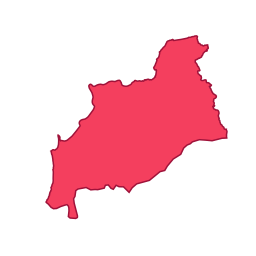 Solís Grande, Maldonado, Uruguay, rotated 76°
{"feature_id": "84410073B83556498803865", "entity_name": "Solís Grande", "entity_type": "district", "adm_level": 2, "iso_a3": "URY", "parent_name": "Uruguay", "parent_adm1": "Maldonado", "projection": "mercator", "projection_center": [-55.417, -34.719], "detail": "fine", "context": "isolated", "style": "filled", "palette": "rose", "viewbox_px": 256, "rotation_deg": 76, "n_neighbors": 0, "source": "geoboundaries", "source_scale": "gbopen_adm2", "svg_char_len": 5555}
<svg xmlns="http://www.w3.org/2000/svg" viewBox="0 0 256 256"><g transform="rotate(76 128 128)"><path d="M118.0,197.5L118.5,197.8L121.6,197.9L123.8,198.4L127.1,199.4L129.6,200.7L130.9,202.0L131.4,203.5L131.8,204.3L131.7,204.6L131.1,205.5L131.0,206.1L131.0,206.6L131.5,207.3L131.6,207.9L131.7,208.2L131.9,208.0L132.6,208.3L133.9,208.3L134.7,208.4L136.6,208.1L136.8,208.2L140.3,208.5L141.8,208.8L143.1,208.8L143.8,209.0L146.7,209.3L148.2,209.9L148.7,210.2L149.4,210.2L149.7,210.4L150.4,211.0L150.7,210.9L152.6,211.1L159.1,212.9L161.0,213.3L163.1,214.1L164.7,215.4L165.2,215.7L165.8,215.9L167.3,217.2L168.6,217.1L169.4,217.4L170.0,218.0L170.8,218.4L171.2,219.0L171.8,219.4L173.7,220.4L174.0,220.3L175.8,221.8L176.2,221.9L177.5,222.9L178.1,224.0L178.8,224.2L179.8,225.3L180.4,225.4L182.6,223.7L186.4,221.8L188.3,219.8L188.8,216.8L187.9,212.2L187.6,208.0L187.6,205.7L189.2,204.8L191.1,204.7L194.1,205.3L199.5,207.3L201.3,206.0L203.1,200.6L202.6,198.8L201.2,198.3L187.9,198.4L183.5,197.9L181.5,196.0L176.1,193.8L175.1,191.2L175.6,183.0L179.0,179.1L179.7,174.8L180.5,172.3L180.6,165.6L178.1,163.8L178.5,160.9L182.4,159.1L183.9,157.1L180.7,153.4L182.8,150.9L184.0,146.6L190.7,142.5L187.0,138.4L184.3,133.1L184.0,119.9L178.1,107.5L178.1,102.6L174.5,99.1L169.0,91.6L166.3,83.2L160.9,78.8L158.8,74.7L158.3,71.2L157.0,68.9L156.6,61.6L158.6,55.4L160.7,49.5L160.7,39.1L161.6,34.6L160.9,34.5L160.1,34.5L159.2,34.2L158.4,34.1L157.4,33.6L156.6,33.4L155.8,32.9L154.8,32.8L153.5,33.1L153.0,32.9L152.7,34.0L152.2,34.8L151.7,34.9L151.1,34.8L150.4,34.9L149.2,35.9L147.6,36.3L147.1,37.0L146.6,37.2L146.1,37.1L144.6,37.4L143.1,37.2L142.7,37.3L142.4,37.6L141.4,37.7L141.0,37.6L140.9,37.3L140.6,37.2L139.3,37.5L137.6,37.3L135.7,36.1L134.3,36.0L133.0,36.3L132.4,36.7L131.9,37.8L131.8,38.2L131.6,38.7L130.8,39.2L130.4,39.9L130.0,40.2L129.8,40.3L128.9,40.1L128.0,40.3L127.9,40.5L127.4,40.1L127.7,39.2L127.7,38.9L127.5,38.7L127.2,38.6L126.9,39.0L126.8,38.9L126.6,39.1L126.3,39.1L125.0,38.4L124.3,38.3L123.9,38.5L123.5,38.5L123.3,38.7L123.0,38.7L122.6,38.6L122.1,38.2L121.4,38.1L120.6,37.6L120.5,37.4L120.1,35.8L119.7,35.2L119.2,34.8L118.5,34.6L118.4,34.8L118.2,34.9L117.8,34.8L117.4,34.9L117.2,35.3L116.1,36.1L115.8,36.7L114.9,37.2L114.7,37.2L114.1,37.4L113.6,37.5L113.4,37.8L112.1,37.9L111.8,38.1L110.2,38.1L109.5,38.5L108.3,38.7L107.6,39.0L107.3,38.9L107.2,38.7L107.5,38.1L107.3,37.5L106.8,36.8L106.5,36.7L106.2,37.0L105.5,37.4L105.1,37.9L104.9,37.9L104.5,38.1L104.1,38.6L103.9,38.6L103.4,39.3L103.1,40.5L102.8,40.8L100.3,40.7L100.2,40.8L99.9,41.7L100.0,43.3L100.1,43.6L100.0,44.1L99.6,45.2L98.8,45.7L98.6,45.7L98.4,45.4L97.9,45.1L97.7,44.9L97.1,44.6L95.3,44.5L95.1,44.6L95.1,44.9L94.2,45.4L94.1,45.7L93.1,46.1L92.3,46.8L90.3,46.8L89.8,46.6L89.7,46.4L89.5,46.1L89.7,45.5L89.8,44.8L89.6,44.4L89.4,44.3L87.0,44.6L86.6,44.7L86.1,44.7L85.6,44.9L85.4,45.3L85.1,45.5L84.7,45.4L82.1,45.9L81.3,46.3L80.9,46.7L80.3,46.8L78.8,46.4L78.4,46.2L78.2,45.1L78.3,45.0L78.3,44.8L78.0,44.2L78.0,43.7L77.6,43.2L77.4,42.4L77.6,41.7L77.3,41.2L77.2,40.4L77.1,40.2L77.0,39.8L76.6,39.2L75.8,38.9L75.4,38.1L73.7,36.9L72.8,35.5L72.4,34.8L72.3,34.0L72.4,32.9L72.2,32.5L71.4,32.4L71.2,32.5L71.1,32.8L71.0,32.7L70.5,31.8L70.5,31.5L70.3,31.1L69.9,30.8L69.0,30.7L69.0,30.9L68.5,30.9L66.7,30.6L66.5,31.1L66.5,31.8L66.6,32.1L66.4,32.6L66.4,32.9L66.2,33.5L66.6,34.5L66.6,34.9L66.3,35.5L65.5,36.0L65.2,36.8L64.9,37.3L63.3,38.0L62.8,39.1L62.4,39.2L61.2,39.1L60.3,39.4L59.4,39.2L57.9,39.4L56.1,38.5L55.4,38.9L55.2,39.2L54.9,41.0L55.1,41.6L55.1,42.5L54.9,43.5L55.1,45.6L54.7,47.2L55.0,47.6L55.0,48.1L55.2,48.9L55.1,49.5L55.1,50.6L54.9,55.0L54.5,58.9L54.4,60.1L54.3,61.5L54.1,62.2L54.1,62.5L54.0,62.8L53.6,62.9L53.2,62.9L52.9,63.2L53.1,64.1L53.0,64.6L53.3,65.1L53.1,65.7L53.0,66.2L53.2,67.0L53.3,68.5L53.6,69.1L54.1,69.7L54.6,69.9L55.2,70.6L56.2,71.3L57.3,72.3L57.8,72.9L58.2,74.0L59.6,75.8L60.2,76.9L61.7,78.3L61.7,78.9L61.8,79.1L62.4,79.2L62.8,79.2L63.4,79.3L66.0,80.6L67.1,81.5L67.9,83.1L68.3,83.6L68.6,83.7L69.2,83.5L69.9,83.9L70.4,84.3L70.9,84.5L72.1,85.5L73.9,86.7L74.8,87.7L75.8,88.5L77.2,88.3L78.1,87.9L78.3,87.6L78.2,87.4L78.2,86.8L78.3,86.6L79.0,86.5L79.3,86.5L79.9,86.9L80.7,87.1L83.3,88.2L83.8,88.6L84.3,89.2L84.9,89.1L84.9,89.5L85.4,89.9L85.5,90.2L85.9,90.7L86.1,91.2L86.3,91.3L86.3,91.8L86.6,92.4L86.9,93.4L86.9,93.8L86.5,94.5L86.6,94.9L86.6,95.2L86.2,95.8L85.8,96.0L85.5,97.2L85.5,98.2L85.8,98.9L85.7,99.4L85.4,99.4L85.3,99.6L85.3,100.3L85.4,100.6L86.2,101.3L86.3,101.5L86.1,102.2L85.8,102.5L85.7,102.6L85.9,103.5L85.8,104.0L85.4,104.8L85.2,104.9L85.0,105.4L84.9,107.3L84.5,108.2L83.7,109.3L83.6,109.8L83.7,110.2L84.3,110.6L84.7,112.2L85.0,113.0L85.4,113.5L86.2,114.3L86.5,114.8L87.1,117.7L87.2,118.7L87.1,119.4L86.9,120.3L86.1,122.1L85.1,123.3L83.7,123.6L82.4,123.6L80.3,124.2L79.8,124.6L79.6,124.9L79.4,126.2L79.6,128.0L79.8,129.3L78.7,132.3L78.5,134.1L78.6,135.6L79.8,138.8L80.0,140.3L80.0,141.7L78.9,144.0L78.7,145.7L78.8,147.4L79.1,148.8L79.4,149.5L79.4,150.6L79.2,151.4L78.8,152.0L77.9,152.4L76.6,153.5L76.5,153.9L76.6,154.8L77.4,155.7L78.1,155.9L80.0,155.9L84.5,154.6L85.6,154.4L88.5,154.3L89.9,154.5L92.5,155.9L93.7,156.3L94.8,156.5L96.0,156.4L97.1,156.0L98.2,155.4L99.0,155.3L99.8,155.7L101.0,156.5L102.2,157.6L107.1,163.5L107.9,164.7L108.8,167.0L108.9,167.9L108.8,170.2L109.0,171.6L109.6,172.9L110.4,173.7L111.3,174.1L112.2,174.2L114.1,173.9L114.8,174.4L118.7,179.3L122.4,184.3L125.0,189.6L125.3,190.6L125.4,192.5L124.9,193.8L124.0,195.6L124.1,196.5L123.6,196.7L122.6,196.8L121.9,196.7L120.6,196.3L119.7,196.4L118.7,196.9L118.0,197.5Z" fill="#f43f5e" stroke="#9f1239" stroke-width="1.5"/></g></svg>